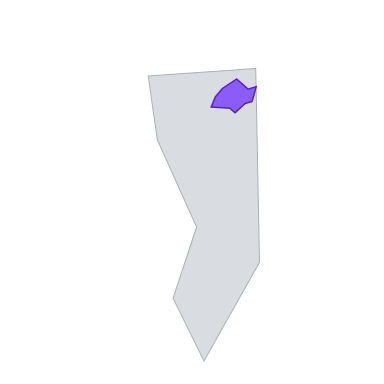 location of Anse Etoile within Seychelles, rotated 31°
{"feature_id": "SYC-5200", "entity_name": "Anse Etoile", "entity_type": "state/province", "adm_level": 1, "iso_a3": "SYC", "parent_name": "Seychelles", "parent_adm1": "", "projection": "orthographic", "projection_center": [55.454, -4.588], "detail": "fine", "context": "in_parent", "style": "filled", "palette": "violet", "viewbox_px": 384, "rotation_deg": 31, "n_neighbors": 0, "source": "natural_earth", "source_scale": "10m", "svg_char_len": 450}
<svg xmlns="http://www.w3.org/2000/svg" viewBox="0 0 384 384"><g transform="rotate(31 192 192)"><path d="M286.1,217.6L289.3,330.7L230.5,292.8L214.0,219.7L135.5,165.2L94.7,115.1L183.0,53.3L286.1,217.6Z" fill="#d9dde1" stroke="#a8b0b8" stroke-width="1"/><path d="M192.8,68.7L196.9,83.5L191.9,88.9L188.1,101.9L181.2,100.7L164.7,109.3L163.0,98.5L164.7,87.8L172.1,72.2L187.1,74.9L192.8,68.7Z" fill="#8b5cf6" stroke="#5b21b6" stroke-width="1.5"/></g></svg>